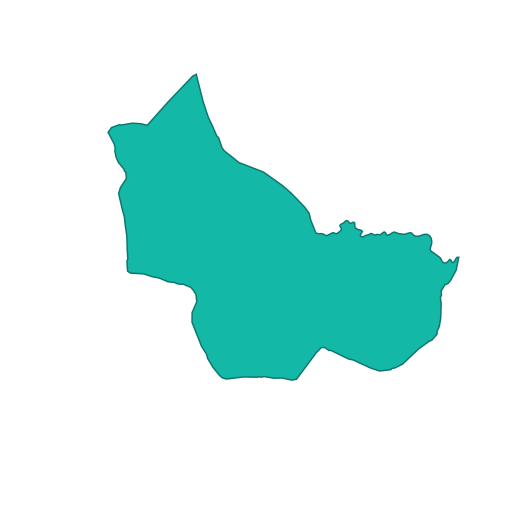 Acatenango, Chimaltenango, Guatemala, rotated 216°
{"feature_id": "79465075B13136333773356", "entity_name": "Acatenango", "entity_type": "district", "adm_level": 2, "iso_a3": "GTM", "parent_name": "Guatemala", "parent_adm1": "Chimaltenango", "projection": "robinson", "projection_center": [-90.976, 14.55], "detail": "fine", "context": "isolated", "style": "filled", "palette": "teal", "viewbox_px": 512, "rotation_deg": 216, "n_neighbors": 0, "source": "geoboundaries", "source_scale": "gbopen_adm2", "svg_char_len": 2933}
<svg xmlns="http://www.w3.org/2000/svg" viewBox="0 0 512 512"><g transform="rotate(216 256 256)"><path d="M238.7,147.7L236.9,146.4L235.1,144.8L225.0,140.5L215.5,138.0L211.6,137.6L209.5,138.4L207.6,139.1L194.8,151.0L183.4,158.9L182.5,160.5L180.9,160.7L178.5,163.3L169.8,167.6L163.3,172.5L154.0,176.7L150.8,180.1L150.4,213.2L149.4,220.1L146.7,222.4L141.6,222.4L139.7,223.7L120.5,227.1L116.3,229.0L97.1,232.8L88.3,235.7L80.1,243.3L80.1,244.6L77.7,247.3L73.9,254.7L69.8,276.4L65.7,289.2L64.3,291.1L63.6,299.3L65.1,301.2L66.3,306.7L69.9,314.0L78.1,326.2L82.7,331.1L82.7,333.0L85.7,336.7L86.2,343.6L84.5,346.7L84.2,350.5L85.8,362.4L91.2,374.1L92.6,373.0L92.7,371.6L92.4,369.5L92.4,367.7L92.9,366.3L94.3,366.2L95.7,367.2L97.1,367.2L97.4,365.7L97.5,364.4L97.9,362.4L99.3,361.1L101.3,360.7L102.7,361.2L104.1,362.1L105.5,362.7L107.3,362.9L108.8,362.9L111.0,362.9L114.4,362.9L115.8,362.8L117.1,362.8L119.0,363.6L119.5,364.7L120.1,366.2L120.6,367.7L121.1,368.9L121.6,370.0L122.3,371.0L123.7,372.4L124.7,373.3L126.3,374.0L127.5,374.3L128.8,374.4L130.8,373.9L132.3,372.6L133.2,371.7L134.1,370.3L135.1,368.9L136.2,367.4L137.4,366.6L138.4,366.0L139.6,365.5L141.2,365.5L143.3,366.0L144.7,365.7L146.3,363.9L147.1,362.8L147.9,361.7L149.0,360.5L150.1,359.9L151.1,359.4L152.7,358.5L154.6,357.7L156.1,357.3L157.4,357.0L158.8,356.0L159.4,354.8L160.2,352.8L160.7,351.7L161.6,350.2L163.1,349.9L164.7,350.9L166.3,350.9L167.1,349.4L167.5,347.6L167.9,346.3L169.5,345.3L170.8,344.6L171.8,343.1L173.1,342.4L174.6,342.4L176.1,341.9L176.7,341.0L177.1,339.9L178.1,338.4L179.1,337.6L179.7,336.4L180.1,335.3L180.8,334.2L182.2,333.6L183.8,334.0L184.2,335.8L184.1,337.0L184.4,338.5L186.4,338.6L187.7,337.9L189.3,337.3L191.1,337.2L192.2,337.3L193.2,337.8L194.2,339.1L195.2,340.4L196.5,340.9L197.6,340.0L198.0,338.9L198.9,337.8L200.6,337.8L202.0,338.3L203.5,338.0L204.1,336.8L204.4,335.7L204.5,334.4L205.5,332.4L206.2,330.7L205.6,329.4L204.3,329.0L202.9,328.3L202.3,326.6L202.6,325.1L203.1,323.6L203.6,321.9L204.7,320.9L206.1,320.6L207.3,320.2L208.5,318.4L209.0,317.3L209.7,315.9L210.4,314.4L211.8,313.6L213.5,313.4L214.7,313.2L216.5,312.4L217.6,311.4L220.8,309.7L232.4,316.9L238.2,321.8L245.2,324.1L264.3,327.5L275.8,328.5L299.2,328.3L324.5,321.6L343.4,322.4L347.1,323.6L355.8,329.7L358.6,330.2L367.1,335.3L376.0,340.1L389.5,349.8L411.2,367.9L411.6,366.7L412.9,364.5L413.7,358.4L417.7,328.8L420.8,297.8L427.0,295.3L434.2,290.7L442.0,282.7L443.5,282.2L448.4,274.9L448.3,269.1L436.8,263.4L433.4,260.6L431.9,258.0L427.0,253.5L422.2,250.8L413.3,248.5L412.7,247.6L410.3,247.0L406.4,242.5L405.9,231.7L403.8,225.8L391.9,215.4L385.5,210.3L380.3,204.5L372.1,196.1L364.1,185.7L358.0,178.3L357.7,176.6L356.3,174.6L351.0,168.3L347.6,168.3L336.4,175.5L328.2,178.1L321.2,181.3L311.8,183.5L306.8,186.5L302.4,187.6L298.1,190.5L290.3,192.3L286.4,191.4L281.8,189.5L277.0,184.1L274.4,172.6L268.8,164.8L247.1,151.0L238.7,147.7Z" fill="#14b8a6" stroke="#0f766e" stroke-width="1.5"/></g></svg>